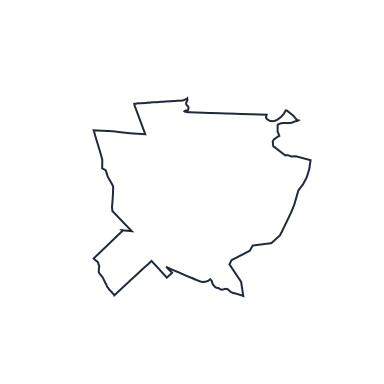 Farcasele, Olt, Romania, rotated 48°
{"feature_id": "2599482B95446967928942", "entity_name": "Farcasele", "entity_type": "district", "adm_level": 2, "iso_a3": "ROU", "parent_name": "Romania", "parent_adm1": "Olt", "projection": "natural_earth1", "projection_center": [24.435, 44.148], "detail": "fine", "context": "isolated", "style": "outline", "palette": "slate", "viewbox_px": 384, "rotation_deg": 48, "n_neighbors": 0, "source": "geoboundaries", "source_scale": "gbopen_adm2", "svg_char_len": 5844}
<svg xmlns="http://www.w3.org/2000/svg" viewBox="0 0 384 384"><g transform="rotate(48 192 192)"><path d="M303.6,223.5L291.6,215.6L270.8,212.6L269.1,208.1L274.3,188.4L272.4,182.7L283.1,167.3L283.1,155.7L282.0,153.0L281.6,151.7L273.3,131.5L269.4,123.7L262.0,111.9L260.5,104.1L257.9,97.0L253.5,89.6L247.7,82.6L234.8,91.0L234.8,91.3L234.6,91.6L234.1,92.0L233.6,92.5L233.2,93.0L232.7,93.7L232.5,94.1L232.3,94.3L231.7,94.6L230.8,95.0L229.7,95.6L228.8,96.2L228.1,96.9L227.5,97.7L227.2,98.2L226.7,98.3L224.1,98.8L222.9,99.0L220.0,99.5L218.4,99.8L216.3,100.2L215.2,100.4L214.6,100.4L214.3,100.5L213.4,100.9L212.9,101.0L212.2,100.9L211.7,100.5L211.0,100.2L210.6,99.9L210.1,99.4L209.7,99.0L209.3,98.7L208.7,98.4L208.5,98.2L208.4,97.9L208.1,97.2L207.9,96.6L207.8,96.0L207.7,95.3L207.8,94.9L208.0,94.3L208.0,93.5L208.1,92.8L208.3,91.3L208.7,89.6L207.4,89.1L206.1,88.5L204.9,88.2L203.6,87.3L202.3,86.1L201.2,85.0L200.2,84.2L199.9,83.9L199.5,83.6L199.4,82.6L199.7,82.1L199.9,81.2L200.4,80.2L200.8,79.4L201.5,78.5L202.7,76.9L203.7,75.9L204.5,75.1L205.9,73.5L206.5,72.8L207.4,71.1L207.6,70.6L208.1,69.1L208.4,68.2L208.8,67.7L209.5,66.5L209.8,65.6L209.9,65.1L209.5,65.4L208.7,65.7L207.7,65.8L207.1,65.8L204.8,65.7L203.3,65.7L202.1,65.8L195.5,66.9L194.9,67.0L194.6,67.3L194.0,67.9L194.2,68.2L194.5,68.7L195.0,70.5L195.4,71.5L195.4,71.8L195.5,72.2L195.6,74.3L195.6,74.5L195.7,74.8L195.8,75.0L195.8,75.4L195.8,76.1L195.7,76.8L195.6,77.4L195.6,77.7L195.6,78.1L195.5,79.4L195.4,80.0L195.2,80.7L195.1,81.2L194.8,82.1L194.8,82.3L194.5,83.0L194.3,83.4L194.1,83.8L193.7,84.2L193.2,84.8L192.6,85.4L191.9,86.0L191.4,86.4L191.1,86.6L190.6,86.8L190.1,86.9L189.8,87.0L188.9,87.3L187.4,87.5L186.5,87.3L186.2,87.2L186.0,86.9L185.8,86.8L185.6,86.4L185.4,86.2L185.0,85.7L184.5,84.8L182.7,86.7L181.8,87.7L178.6,91.0L175.8,93.9L170.9,99.1L164.1,106.2L161.2,109.1L159.4,111.0L156.7,113.9L154.3,116.4L152.6,118.1L150.3,120.5L143.4,127.8L140.9,130.3L138.8,132.5L135.6,135.8L134.5,137.0L130.5,141.0L129.8,141.9L129.4,142.2L129.1,142.4L128.7,142.6L128.0,143.2L127.7,143.4L127.4,143.5L127.0,143.6L127.0,143.3L127.0,142.8L127.1,142.4L127.3,142.0L127.6,141.7L127.8,141.4L128.1,141.2L128.4,140.9L128.5,140.7L128.5,140.3L128.0,139.5L127.7,138.9L127.5,138.6L127.2,138.3L126.8,138.1L126.5,137.9L126.1,137.7L125.5,137.7L125.2,137.7L124.7,137.8L124.1,137.8L123.6,137.7L123.1,137.6L122.6,137.4L122.2,137.2L121.9,136.8L121.2,135.2L121.0,134.6L120.8,134.2L120.6,134.0L120.2,133.6L119.2,132.9L119.2,133.5L118.8,134.9L118.6,135.4L118.5,136.0L118.3,136.6L118.1,137.1L117.7,137.7L117.4,138.1L117.1,138.6L116.6,139.2L116.4,139.5L116.1,139.9L115.2,140.8L114.1,142.3L113.6,142.9L113.1,143.6L112.6,144.2L112.1,144.8L111.1,146.0L110.6,146.7L110.1,147.4L108.4,149.4L106.4,152.0L105.9,152.7L105.3,153.4L103.8,155.2L103.5,155.6L103.0,156.4L102.8,156.7L102.0,157.7L101.3,158.5L101.0,159.0L100.8,159.2L100.7,159.3L100.4,159.5L100.2,159.7L99.2,160.9L98.9,161.3L98.6,161.8L98.1,162.3L97.9,162.5L97.9,162.8L97.1,163.9L96.9,164.2L96.8,164.4L96.6,164.5L96.3,164.7L96.1,164.8L95.8,165.5L95.7,165.8L95.3,166.2L94.0,168.0L93.2,168.9L92.8,169.4L92.6,169.6L92.4,169.8L91.9,170.6L91.5,171.1L90.7,172.1L90.3,172.3L90.1,172.4L90.0,172.6L89.5,173.4L89.4,173.8L89.3,174.0L87.8,175.9L88.5,176.4L89.0,176.7L93.4,178.4L117.8,188.1L117.0,188.9L115.4,190.4L108.1,197.6L105.8,199.7L102.0,203.1L98.2,206.5L95.6,208.6L94.7,209.5L91.0,213.0L89.5,214.7L89.2,214.9L81.2,223.0L80.4,223.8L81.2,224.1L84.4,225.8L89.9,228.4L92.5,229.6L94.1,230.3L97.0,231.8L98.7,232.5L100.3,233.2L102.1,234.2L104.5,235.3L107.6,236.9L108.0,237.1L114.3,242.9L118.0,241.6L120.5,242.7L122.0,243.3L123.4,244.0L124.1,244.3L126.6,244.9L132.7,246.2L134.8,246.8L135.2,247.0L136.9,248.5L143.6,255.1L148.5,260.3L149.7,261.6L152.4,263.5L152.5,263.6L152.8,263.9L180.8,263.0L173.7,269.5L174.4,269.4L174.3,269.8L174.5,274.1L174.5,275.1L174.5,277.0L174.6,277.5L174.7,278.0L174.7,278.5L174.5,278.9L174.6,279.1L174.6,279.4L174.7,281.4L174.8,283.1L174.8,284.9L174.9,286.0L174.9,287.5L175.1,292.2L175.2,295.7L175.2,296.9L175.2,297.0L175.6,309.6L176.2,309.6L176.8,309.5L177.1,309.5L177.5,309.5L178.0,309.4L178.8,309.3L179.2,309.2L179.6,309.1L179.8,309.0L180.8,309.0L181.1,309.0L181.6,309.0L181.8,309.0L182.0,309.1L182.3,309.4L182.5,309.5L183.1,309.8L183.6,310.0L183.8,310.2L184.3,310.2L184.6,310.3L184.8,310.4L185.0,310.6L185.5,311.0L186.2,311.9L187.7,313.6L188.7,314.5L189.0,314.8L189.6,315.0L190.6,315.3L191.7,315.3L192.0,315.3L193.7,315.4L195.2,315.5L196.6,315.8L199.5,316.6L202.1,317.4L202.4,317.4L202.7,317.4L202.9,317.5L203.1,317.5L205.0,318.2L205.9,318.5L206.4,318.5L207.5,318.5L208.2,318.7L208.6,318.8L209.1,318.8L209.8,318.8L211.7,318.7L212.7,318.6L213.7,318.8L214.2,318.8L215.0,318.7L215.5,318.5L215.9,318.6L216.8,318.9L216.8,318.2L216.6,307.3L216.5,299.1L216.4,297.0L216.4,290.3L216.2,280.1L216.2,278.6L216.3,272.4L216.2,270.4L216.3,270.0L216.2,269.2L216.2,268.6L216.2,268.2L218.1,268.2L223.8,268.1L238.8,268.0L238.8,263.7L238.8,261.4L238.7,260.8L230.2,261.3L231.6,260.8L236.7,258.6L244.0,255.1L245.8,254.4L247.0,253.8L250.0,252.5L254.6,250.3L257.7,248.9L257.4,248.8L259.3,248.0L259.5,247.9L260.0,247.7L260.6,247.4L263.3,246.1L264.2,245.6L265.0,245.1L265.7,244.5L266.3,243.9L266.9,243.1L267.6,242.1L268.1,241.2L268.6,240.1L268.8,239.4L269.0,238.2L269.1,236.8L269.7,236.8L270.6,236.8L271.5,236.9L272.2,237.3L273.3,237.9L274.6,238.3L275.5,238.4L276.1,238.3L276.7,238.4L277.6,238.5L278.2,238.4L278.8,238.2L279.6,237.9L280.0,237.6L280.4,237.2L280.8,236.8L281.2,236.5L281.6,236.4L282.4,236.3L283.2,236.1L283.7,235.9L284.1,235.6L284.6,235.0L285.2,234.2L285.6,233.5L285.9,232.7L286.3,232.1L286.6,231.7L287.0,231.3L287.4,231.0L287.7,230.8L288.2,230.5L288.6,230.4L289.1,230.4L290.8,230.2L291.4,230.2L292.2,230.0L293.8,229.4L294.4,229.1L295.2,228.6L295.8,228.1L296.5,227.6L297.3,227.1L299.6,225.7L301.2,224.7L303.6,223.5Z" fill="none" stroke="#1e293b" stroke-width="2"/></g></svg>